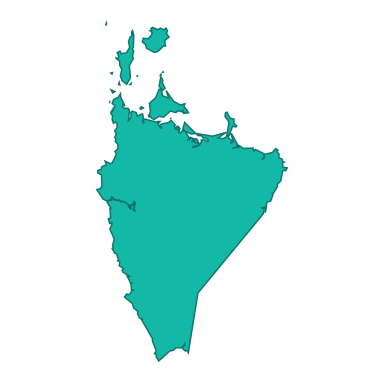 the district of Circular Head, Tasmania, Australia
{"feature_id": "25037944B64479708811178", "entity_name": "Circular Head", "entity_type": "district", "adm_level": 2, "iso_a3": "AUS", "parent_name": "Australia", "parent_adm1": "Tasmania", "projection": "equal_earth", "projection_center": [144.855, -41.02], "detail": "fine", "context": "isolated", "style": "filled", "palette": "teal", "viewbox_px": 384, "rotation_deg": 0, "n_neighbors": 0, "source": "geoboundaries", "source_scale": "gbopen_adm2", "svg_char_len": 5949}
<svg xmlns="http://www.w3.org/2000/svg" viewBox="0 0 384 384"><path d="M282.6,162.9L284.2,162.1L282.5,161.4L282.1,159.0L279.0,158.0L278.9,153.8L276.6,151.7L278.0,150.3L275.7,148.5L272.4,152.5L264.1,154.5L264.2,157.9L261.7,159.7L264.0,157.6L263.9,153.7L255.5,149.5L253.8,151.6L254.4,150.1L252.6,149.1L253.1,148.1L243.5,148.4L237.9,144.9L239.1,148.1L237.1,146.2L236.8,147.3L232.3,148.4L236.4,147.2L237.4,144.3L232.0,134.4L230.8,133.4L233.5,142.1L231.0,142.9L231.8,140.5L228.6,138.0L228.1,134.5L229.1,135.4L232.6,126.3L236.0,127.0L236.6,125.7L233.8,123.3L234.0,119.1L230.0,118.2L227.0,112.2L225.4,113.0L225.1,116.8L228.6,121.2L228.7,124.2L226.6,136.6L223.1,138.7L218.1,137.9L226.2,132.4L212.4,136.2L197.0,133.6L197.5,135.5L201.7,135.8L203.1,138.0L205.4,137.7L208.3,140.1L207.7,141.8L204.6,139.8L201.2,140.1L201.6,141.7L198.9,145.8L193.2,147.6L193.0,146.5L199.3,145.2L198.7,142.7L198.4,142.5L197.6,143.4L197.2,143.4L197.9,140.8L196.7,138.9L194.3,138.9L194.9,142.1L193.7,140.7L193.3,141.7L192.7,141.2L192.4,141.5L192.1,141.5L193.0,138.5L190.4,137.3L189.9,139.1L189.2,139.6L189.0,139.8L188.7,139.6L188.7,139.9L188.4,140.0L188.1,140.1L189.0,137.6L185.5,131.7L182.8,130.0L180.5,132.8L178.8,132.3L179.7,129.3L178.1,129.7L179.9,127.4L176.5,129.5L178.3,126.4L177.1,126.4L175.2,128.6L174.4,126.2L175.4,125.2L171.0,120.3L168.5,122.5L160.7,124.3L159.7,126.0L161.1,126.7L161.4,127.5L160.9,128.7L161.0,126.7L159.9,127.0L158.3,125.1L158.7,123.5L156.7,122.2L144.9,119.1L143.2,120.3L143.8,122.0L143.6,122.9L142.4,121.1L143.5,118.2L142.5,113.8L137.3,116.1L136.1,112.5L132.3,111.2L130.9,112.4L131.1,116.6L130.1,118.7L128.4,120.4L129.5,110.5L128.1,108.4L123.9,108.3L122.5,106.4L122.8,104.3L125.0,106.2L120.8,97.5L120.5,93.7L118.1,97.5L113.7,99.4L112.2,103.4L114.6,105.4L114.6,107.5L113.0,108.3L113.3,109.8L112.0,110.2L112.8,111.6L111.1,111.7L110.9,113.4L112.5,115.8L112.2,119.8L113.5,123.3L115.3,122.1L117.0,123.3L117.1,127.7L114.7,130.7L116.4,134.0L114.7,137.5L115.8,138.7L115.4,141.6L117.8,144.4L117.9,149.0L115.0,151.4L116.4,153.9L112.4,162.7L110.7,163.8L105.1,161.2L106.5,164.8L101.9,166.6L101.2,169.3L97.7,170.5L97.8,172.9L101.5,174.9L101.9,185.7L100.5,188.6L96.8,189.6L103.1,199.1L107.3,201.2L109.4,199.8L111.3,200.3L111.1,197.8L111.5,197.1L112.0,197.1L112.6,197.3L114.4,199.8L115.5,199.3L118.4,200.5L119.4,199.9L120.1,201.4L121.3,200.9L124.4,201.8L129.2,205.2L129.3,205.7L128.6,206.2L129.7,206.8L130.1,205.5L131.7,204.4L133.4,205.2L133.2,203.4L133.5,202.8L134.2,202.6L133.7,201.7L134.0,201.4L134.5,201.5L135.0,202.3L135.4,204.0L134.8,204.6L134.3,208.2L133.4,209.8L133.8,210.4L134.0,210.1L134.4,210.1L134.9,210.5L135.0,210.7L133.8,210.5L133.3,210.0L134.7,204.7L135.3,203.9L134.3,201.5L134.2,202.8L133.3,203.3L133.5,205.3L130.1,205.7L129.5,207.7L130.5,208.3L131.0,207.7L131.3,207.8L131.5,208.1L131.4,208.4L130.8,209.0L130.3,209.3L131.2,207.8L130.5,208.4L129.6,207.9L128.4,206.3L129.1,205.2L124.5,202.0L120.2,201.6L119.1,200.1L118.3,200.6L114.4,200.0L112.1,197.3L111.6,200.4L109.5,200.1L107.2,202.3L110.9,208.1L109.9,208.3L110.6,217.8L108.3,218.8L109.6,223.5L111.4,223.6L111.6,223.3L111.8,223.2L111.8,222.1L112.0,221.8L111.7,225.3L109.9,228.9L114.3,239.4L112.5,245.5L113.5,247.7L112.1,248.5L114.8,253.2L116.5,253.7L118.5,259.7L117.6,260.8L119.8,261.6L119.3,265.9L123.7,268.5L122.1,270.2L122.9,272.1L129.4,276.3L127.2,276.2L130.8,283.6L131.4,283.0L131.8,283.0L130.9,283.8L131.6,290.7L131.9,290.1L132.3,289.8L132.9,289.9L133.2,290.2L131.9,290.1L130.5,293.3L128.9,294.8L126.6,294.0L124.5,297.1L132.3,303.4L133.7,307.9L137.9,311.6L137.5,313.5L139.4,317.7L141.6,319.5L142.3,318.9L143.1,318.9L141.6,319.7L152.7,339.1L152.2,340.3L156.2,350.9L154.5,353.7L156.4,354.3L156.1,356.4L158.7,361.0L169.9,350.9L173.5,350.3L175.8,347.7L181.6,347.8L184.0,345.0L184.3,344.9L185.0,345.5L184.4,344.7L184.6,344.1L184.8,343.8L185.0,345.5L181.8,347.8L185.3,351.0L186.9,350.4L188.3,352.8L197.9,293.0L263.2,213.9L263.6,211.6L265.5,211.9L266.1,208.1L263.9,209.3L262.0,207.9L266.1,207.0L267.0,202.1L270.6,201.1L272.8,195.4L272.2,193.4L273.3,193.5L277.5,186.5L277.2,184.5L280.8,180.8L282.8,170.3L285.8,170.7L287.2,167.8L282.8,167.2L282.6,162.9ZM150.4,111.8L149.0,115.5L149.3,115.4L149.6,115.4L149.7,115.5L151.6,118.2L153.9,119.5L159.0,116.4L163.7,117.1L170.4,111.0L175.9,112.6L177.8,110.7L181.6,111.7L182.8,110.4L182.8,112.4L185.2,112.2L183.2,113.5L188.6,112.7L183.9,106.1L184.9,103.8L180.4,105.0L173.4,101.1L166.0,90.5L168.7,98.1L162.6,95.8L161.0,88.6L159.0,89.3L155.7,97.7L149.5,103.3L150.4,111.8ZM132.5,30.6L131.5,32.1L132.0,35.8L130.0,37.2L128.5,41.9L129.7,47.3L126.4,52.8L121.3,53.8L120.1,51.1L117.3,52.5L118.8,56.7L117.1,59.2L119.6,61.1L119.8,65.3L121.8,69.7L120.4,76.1L122.3,80.9L126.7,84.3L130.4,77.9L129.4,65.4L133.4,58.5L132.5,56.3L133.7,51.1L132.2,48.8L133.4,47.3L133.7,35.0L132.5,30.6ZM142.3,42.0L145.3,44.1L146.7,48.4L154.4,52.4L157.7,51.6L163.6,45.9L165.4,46.1L164.7,40.5L169.1,37.1L166.4,33.6L167.5,30.8L166.0,28.1L163.8,29.8L160.4,28.2L157.9,29.7L152.6,27.4L150.9,28.5L152.0,30.2L150.0,30.7L152.3,32.6L151.5,35.1L148.2,38.8L143.3,38.2L142.3,42.0ZM184.7,122.4L183.0,128.4L184.3,130.6L190.5,133.8L195.8,133.7L184.7,122.4ZM160.8,76.8L159.1,86.2L162.5,90.4L165.1,88.3L162.4,82.9L162.8,80.0L160.8,76.8ZM141.4,106.8L140.0,108.1L140.6,109.3L143.4,107.9L141.4,106.8ZM111.1,89.8L112.7,92.9L114.9,91.6L111.1,89.8ZM160.0,121.5L157.8,121.4L157.0,122.0L159.0,122.5L160.0,121.5ZM119.2,82.5L118.5,84.5L119.8,85.0L119.2,82.5ZM129.9,84.4L130.8,84.7L131.1,83.5L129.9,84.4ZM112.0,74.1L112.5,72.6L110.9,73.0L112.0,74.1ZM106.3,23.0L105.7,25.5L106.6,24.0L106.3,23.0ZM149.1,117.0L149.8,116.6L148.8,116.1L149.1,117.0ZM161.0,74.3L160.4,75.2L161.2,75.0L161.0,74.3ZM149.0,115.7L150.4,116.6L149.6,115.4L149.0,115.7ZM162.8,72.2L163.3,72.2L163.1,71.8L162.8,72.2ZM116.2,57.9L116.3,58.6L117.0,58.5L116.2,57.9ZM110.0,101.1L109.9,101.7L110.1,101.5L110.0,101.1ZM170.9,118.2L170.6,117.7L170.8,118.3L170.9,118.2ZM137.6,76.2L137.2,76.0L137.4,77.1L137.6,76.2Z" fill="#14b8a6" stroke="#0f766e" stroke-width="1.5"/></svg>